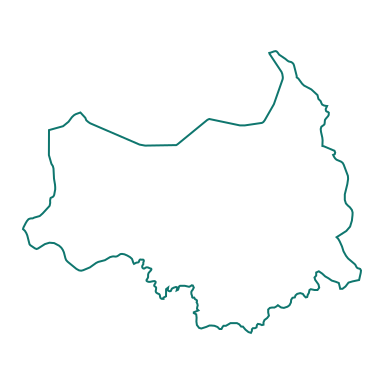 outline of Tambacounda
{"feature_id": "SEN-779", "entity_name": "Tambacounda", "entity_type": "Region", "adm_level": 1, "iso_a3": "SEN", "parent_name": "Senegal", "parent_adm1": "", "projection": "natural_earth1", "projection_center": [-13.251, 14.045], "detail": "fine", "context": "isolated", "style": "outline", "palette": "teal", "viewbox_px": 384, "rotation_deg": 0, "n_neighbors": 0, "source": "natural_earth", "source_scale": "10m", "svg_char_len": 5020}
<svg xmlns="http://www.w3.org/2000/svg" viewBox="0 0 384 384"><path d="M317.5,95.1L318.4,98.9L320.7,101.2L321.4,103.1L322.2,104.6L324.0,105.5L325.8,105.9L327.1,106.0L326.4,107.6L325.9,108.5L325.7,109.4L326.0,110.9L326.8,111.6L327.9,111.9L328.8,112.7L328.7,114.9L328.1,116.1L325.9,118.6L325.0,119.9L324.8,121.3L324.7,122.9L324.4,124.4L323.5,125.2L321.4,126.7L320.7,129.0L321.0,131.8L322.3,137.6L322.6,140.3L322.4,146.0L323.9,146.3L334.5,150.8L335.2,152.6L334.7,154.2L333.1,154.9L334.0,156.7L335.1,158.4L336.5,159.7L341.0,161.6L342.6,162.8L343.7,164.7L347.9,175.9L348.1,178.9L347.3,184.2L344.8,194.4L344.8,199.9L345.9,203.4L347.8,205.5L349.9,207.3L351.9,210.0L352.6,212.5L352.5,215.2L351.9,220.6L350.1,226.6L346.3,231.0L336.6,237.2L338.2,238.8L339.7,241.4L342.0,246.5L343.5,251.3L346.0,255.8L348.1,258.5L354.6,264.0L355.4,264.9L356.4,266.9L357.0,267.7L358.2,268.4L359.3,268.6L360.2,269.0L361.0,270.5L360.7,272.9L359.1,280.0L352.5,281.4L348.5,282.6L345.5,286.5L342.5,288.8L340.2,288.8L339.5,285.7L338.8,283.0L335.8,281.8L331.8,280.6L328.5,278.3L325.2,276.4L322.2,273.6L318.8,271.3L316.2,272.5L316.2,275.6L314.5,277.5L315.2,279.9L318.5,284.5L319.2,287.7L317.5,290.0L314.5,290.0L310.8,289.2L309.5,290.0L308.8,293.1L307.8,294.7L307.2,297.0L305.8,297.4L304.5,296.2L302.8,293.9L300.2,293.1L297.2,293.9L295.5,295.4L294.8,297.4L292.5,297.8L291.2,299.7L290.9,302.5L289.5,305.2L287.5,306.7L283.9,307.9L281.2,307.5L279.5,306.4L277.9,305.2L276.5,306.4L274.5,307.5L272.2,307.5L269.9,307.9L268.2,309.5L268.2,312.6L268.9,315.7L267.2,318.0L264.5,320.0L263.5,322.3L263.5,324.7L261.9,325.1L260.2,324.3L257.9,323.9L256.9,325.1L256.5,327.4L254.9,328.2L252.9,328.2L251.9,329.3L251.9,330.9L250.9,332.9L248.5,332.1L245.5,329.7L242.9,326.6L241.2,326.6L239.2,324.3L236.9,323.1L230.5,323.1L228.5,324.3L225.9,325.8L223.5,325.8L222.5,327.0L221.5,329.0L219.5,329.0L217.5,327.0L214.5,325.8L211.2,325.5L209.5,325.5L206.3,326.9L201.3,328.5L199.1,327.9L196.9,325.0L196.4,321.6L196.6,317.6L196.2,314.3L193.8,313.1L193.8,312.3L198.4,310.4L197.0,308.9L197.2,307.2L197.7,305.4L197.3,303.6L196.6,302.3L197.0,301.1L196.9,300.4L196.4,299.9L195.6,299.5L194.8,298.9L194.5,298.1L194.2,297.6L193.5,297.7L192.6,297.7L192.2,297.2L192.1,296.1L191.8,295.1L191.4,294.1L191.3,292.0L191.8,290.9L192.7,289.8L193.8,287.6L192.8,285.5L191.7,285.3L190.6,286.1L189.1,286.8L184.8,285.8L180.1,285.8L179.1,286.5L178.1,289.7L176.7,290.4L177.4,287.5L176.0,287.0L173.7,287.7L172.0,288.6L171.5,289.4L170.8,291.0L169.7,291.3L168.4,290.8L167.7,289.8L168.1,287.6L166.1,289.2L166.0,296.3L163.4,297.7L163.5,298.9L162.1,298.9L161.4,298.7L160.5,298.0L160.2,297.2L160.0,296.3L159.8,295.1L159.5,294.5L159.0,294.0L157.4,293.4L156.2,292.5L155.8,291.7L155.7,291.0L156.0,289.5L156.1,288.7L156.1,287.6L155.7,287.0L155.1,286.6L154.4,286.1L154.2,285.5L154.3,284.9L155.3,283.3L155.6,282.7L155.6,281.8L155.2,281.4L154.6,281.1L153.1,281.2L150.3,281.8L149.6,281.9L148.9,281.9L148.2,281.7L147.5,281.5L146.7,281.0L146.5,280.4L146.6,279.8L147.0,279.3L147.3,278.8L147.6,278.3L147.9,277.7L148.1,277.0L148.1,276.2L148.1,275.4L148.1,274.6L148.3,273.9L148.5,273.3L148.8,272.7L150.9,270.4L151.2,269.9L151.4,269.2L151.3,268.9L151.0,268.6L149.8,268.3L148.1,267.5L147.5,267.4L146.8,267.3L146.1,267.5L145.5,267.7L144.6,268.4L144.0,268.6L143.3,268.5L142.5,267.8L142.2,267.0L142.2,266.3L142.4,265.6L142.7,265.1L143.2,264.4L143.3,264.2L143.3,263.8L143.3,262.5L143.8,261.2L143.8,260.4L143.5,259.9L143.0,259.6L141.7,259.7L140.6,259.5L140.0,259.6L139.6,260.0L139.2,260.6L139.1,261.3L138.8,261.9L138.4,262.3L137.8,262.5L136.5,262.6L135.5,263.1L134.0,263.9L133.8,263.6L133.2,262.5L132.4,260.0L131.9,258.8L130.0,257.1L127.2,255.5L124.4,254.3L122.0,253.9L120.4,254.1L118.1,255.7L116.8,256.4L115.6,256.6L113.6,256.4L112.4,256.5L110.1,257.1L104.9,260.2L98.3,261.9L96.2,262.9L89.9,267.4L83.2,270.2L81.2,270.7L79.1,270.4L76.4,268.9L68.2,262.2L67.3,261.4L66.1,260.0L65.4,258.2L63.9,252.4L62.8,249.9L61.3,247.7L59.1,245.7L54.2,243.1L49.5,242.7L44.9,244.1L38.0,248.5L36.6,249.0L35.0,248.4L30.3,245.2L29.5,244.2L27.3,235.5L26.3,233.1L24.9,230.8L23.0,229.1L23.5,227.4L25.6,223.3L26.9,221.1L28.5,219.2L29.7,218.7L31.0,218.4L32.5,218.4L33.1,218.2L34.2,217.6L39.5,216.1L40.0,215.8L42.7,213.4L49.4,206.1L49.7,205.5L49.9,204.5L50.2,202.9L50.1,200.5L50.5,198.2L50.7,197.9L51.1,197.7L52.2,197.2L53.2,196.6L53.7,195.9L54.2,194.8L55.2,189.4L55.2,187.1L55.0,184.6L54.0,178.6L53.5,168.6L52.9,166.2L51.4,163.8L48.9,155.1L49.0,130.1L63.1,126.2L68.5,121.8L71.9,117.2L74.0,115.2L75.7,114.2L80.4,112.5L85.3,117.8L86.3,120.3L88.4,122.1L90.2,123.3L139.6,144.6L145.1,145.6L176.2,145.1L177.4,144.4L207.2,120.0L208.1,119.5L209.3,119.0L239.9,125.4L244.8,125.4L261.9,122.9L263.3,122.1L264.7,120.3L273.9,104.2L282.6,79.3L282.8,78.1L282.8,77.1L282.3,74.0L281.5,71.9L269.5,53.8L269.3,52.9L270.5,52.7L274.0,51.4L275.8,51.1L276.8,51.6L277.7,52.6L279.2,54.7L285.4,58.9L287.4,60.6L288.6,61.4L291.3,62.1L292.5,62.9L293.5,64.1L294.0,65.4L296.7,76.0L296.7,77.4L298.3,78.5L302.1,83.7L304.1,85.6L311.3,89.4L317.5,95.1Z" fill="none" stroke="#0f766e" stroke-width="2"/></svg>